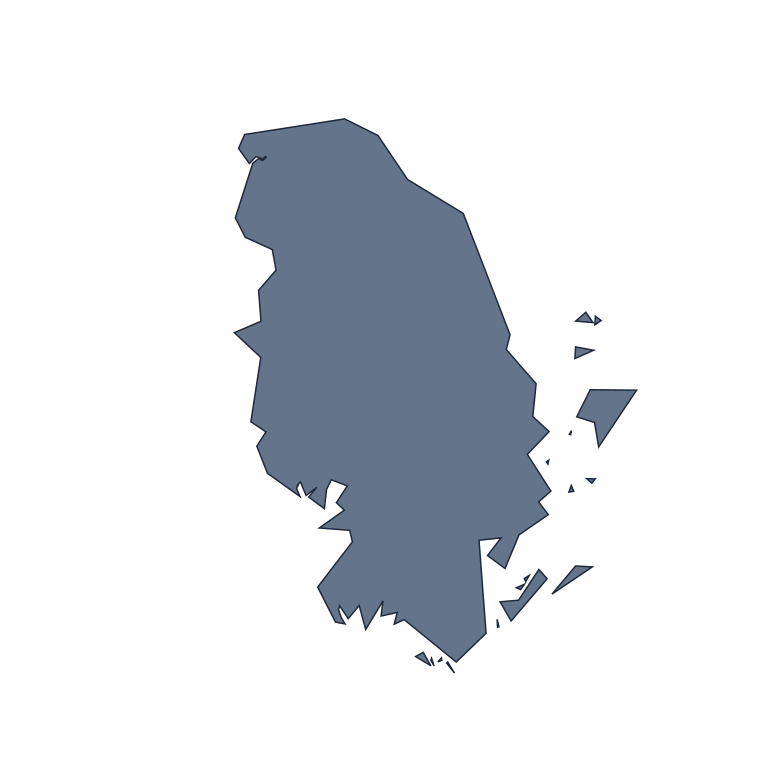 Guimaras, Guimaras, Philippines, rotated 316°
{"feature_id": "2640588B8298467794963", "entity_name": "Guimaras", "entity_type": "district", "adm_level": 2, "iso_a3": "PHL", "parent_name": "Philippines", "parent_adm1": "Guimaras", "projection": "albers", "projection_center": [122.576, 10.57], "detail": "medium", "context": "isolated", "style": "filled", "palette": "slate", "viewbox_px": 768, "rotation_deg": 316, "n_neighbors": 0, "source": "geoboundaries", "source_scale": "gbopen_adm2", "svg_char_len": 1964}
<svg xmlns="http://www.w3.org/2000/svg" viewBox="0 0 768 768"><g transform="rotate(316 384 384)"><path d="M457.1,107.7L443.0,113.5L440.3,131.9L449.9,131.5L453.1,137.9L456.7,138.0L456.8,139.1L451.8,138.8L450.7,134.8L442.9,134.1L392.5,161.2L386.1,182.0L397.0,209.7L385.4,227.1L358.8,229.5L339.1,253.4L312.0,243.1L313.8,279.3L262.0,318.7L265.8,336.4L249.3,340.4L238.1,367.3L245.4,406.5L248.4,398.7L251.4,396.8L251.6,397.4L252.6,396.7L254.9,396.3L255.9,396.4L250.5,410.1L264.0,411.6L251.3,413.0L254.5,432.3L269.5,419.9L279.6,416.3L286.8,431.8L267.3,436.3L267.8,447.2L237.4,442.6L257.7,465.4L251.6,475.6L195.2,484.0L183.7,521.6L189.3,529.5L191.1,521.9L194.5,514.8L198.0,512.8L195.3,527.9L212.2,526.2L200.3,547.9L232.6,539.3L220.7,548.9L234.8,557.5L224.5,563.9L234.8,567.4L242.8,634.2L284.3,634.2L343.8,562.4L361.3,576.0L339.3,579.3L342.9,600.8L376.4,586.3L411.4,592.1L413.3,576.2L429.6,577.0L438.2,534.2L469.7,532.9L468.4,510.8L493.6,489.5L495.9,444.2L508.9,436.1L559.5,316.4L543.0,253.2L552.3,201.1L539.8,165.9L457.1,107.7ZM528.4,531.4L499.8,541.5L508.7,557.9L494.7,578.4L561.4,563.9L528.4,531.4ZM316.2,621.3L310.8,642.8L366.1,637.4L366.6,625.0L330.6,633.0L316.2,621.3ZM395.4,648.0L358.9,651.8L406.8,660.3L395.4,648.0ZM558.2,505.3L547.6,490.4L539.0,498.3L558.2,505.3ZM579.0,472.6L565.6,471.9L577.0,485.0L579.0,472.6ZM233.9,641.0L236.7,628.2L235.2,628.2L233.9,641.0ZM576.8,487.9L584.3,489.2L583.1,482.1L576.8,487.9ZM298.0,638.5L301.9,631.9L296.7,637.8L298.0,638.5ZM346.0,625.6L337.7,622.6L339.4,626.8L346.0,625.6ZM225.7,604.2L217.4,602.0L222.0,619.3L225.7,604.2ZM464.6,599.7L470.1,599.0L464.0,592.9L464.6,599.7ZM348.6,624.6L355.4,622.6L349.9,621.3L348.6,624.6ZM445.9,593.0L448.2,587.1L441.9,590.2L445.9,593.0ZM224.2,621.6L227.7,614.3L225.8,615.2L224.2,621.6ZM446.3,555.4L449.6,553.2L446.7,552.8L446.3,555.4ZM483.0,550.1L486.5,547.8L482.4,548.9L483.0,550.1ZM235.1,620.9L229.8,621.3L233.6,623.0L235.1,620.9Z" fill="#64748b" stroke="#1e293b" stroke-width="1.5"/></g></svg>